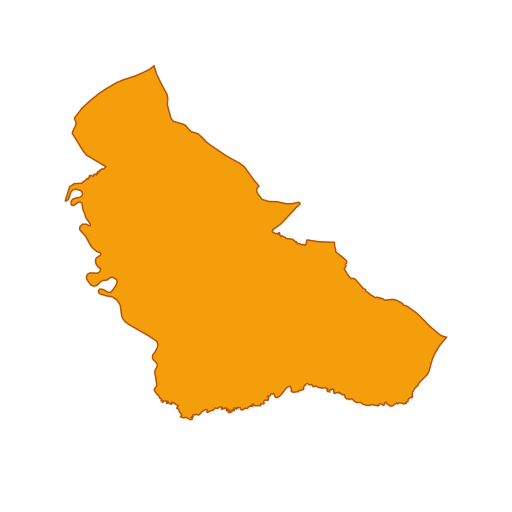 At Samat, Roi Et, Thailand, rotated 189°
{"feature_id": "78962969B71289419444255", "entity_name": "At Samat", "entity_type": "district", "adm_level": 2, "iso_a3": "THA", "parent_name": "Thailand", "parent_adm1": "Roi Et", "projection": "mercator", "projection_center": [103.844, 15.828], "detail": "fine", "context": "isolated", "style": "filled", "palette": "amber", "viewbox_px": 512, "rotation_deg": 189, "n_neighbors": 0, "source": "geoboundaries", "source_scale": "gbopen_adm2", "svg_char_len": 6067}
<svg xmlns="http://www.w3.org/2000/svg" viewBox="0 0 512 512"><g transform="rotate(189 256 256)"><path d="M328.7,100.6L326.9,99.8L327.1,98.2L325.8,98.3L325.5,96.9L324.6,97.5L324.5,98.4L322.0,98.7L320.5,98.6L321.3,97.5L321.2,96.5L320.3,96.7L319.7,97.4L319.0,97.3L318.3,96.5L316.1,96.5L315.9,97.0L316.5,97.8L316.1,98.4L313.7,98.0L313.5,97.4L312.5,97.6L312.1,97.1L309.3,95.9L310.6,93.4L308.3,92.4L307.2,89.8L305.2,88.7L305.2,88.0L304.5,87.1L305.4,85.3L302.1,84.8L300.1,85.7L295.2,84.1L294.2,84.4L293.3,85.2L293.3,85.9L294.6,86.6L294.2,87.2L293.0,87.6L293.4,88.5L293.2,89.5L291.5,89.4L290.6,90.6L287.9,89.8L285.9,92.0L285.4,93.4L281.6,96.7L280.1,96.4L280.2,94.4L279.5,93.9L277.5,95.1L276.4,96.4L274.5,96.6L272.4,99.6L270.1,99.3L268.6,101.0L267.5,101.5L266.3,101.3L266.4,99.8L265.8,99.2L265.3,99.5L264.9,100.5L263.7,100.0L263.0,101.0L261.0,101.1L260.7,100.5L261.3,99.7L260.7,98.5L260.1,98.6L259.2,100.0L258.0,99.7L257.7,99.0L258.8,97.4L257.4,97.1L256.5,97.6L256.3,98.6L255.4,98.6L255.3,99.9L253.3,100.0L253.4,100.6L254.3,101.2L254.0,102.5L252.0,102.4L251.6,101.6L251.0,102.1L251.1,103.3L250.2,103.0L249.7,103.6L247.9,103.8L247.3,102.3L246.0,101.6L244.2,102.6L243.2,104.0L241.7,103.7L240.4,104.2L240.1,105.8L238.9,106.1L238.4,107.2L237.4,106.8L236.6,107.2L236.2,106.9L236.0,107.4L236.6,107.9L236.5,109.1L235.7,109.5L235.3,109.4L235.1,108.4L233.8,107.9L228.1,108.9L228.1,110.8L225.5,111.1L224.9,111.5L225.7,113.6L225.0,114.7L224.2,115.3L223.4,115.1L222.7,115.6L222.2,115.2L221.3,115.7L221.2,116.8L221.8,117.4L221.3,118.4L222.5,119.3L219.9,120.3L220.0,121.5L219.2,122.4L218.8,122.7L217.8,122.3L216.7,122.7L214.7,119.4L212.7,119.5L210.6,121.3L209.4,123.1L205.3,130.5L202.8,132.5L201.9,132.4L201.2,131.9L200.1,129.7L200.2,128.1L198.6,127.3L197.9,127.2L192.9,128.7L192.3,130.0L191.0,130.0L189.8,131.0L188.4,131.4L188.0,132.4L188.7,133.6L186.7,137.2L185.5,138.2L183.0,137.1L180.7,137.8L180.2,136.8L179.0,135.8L176.2,137.0L173.5,135.9L170.2,135.8L167.0,136.8L165.7,136.0L164.8,135.9L164.7,134.0L164.0,133.3L161.9,133.4L162.6,135.4L161.9,135.8L160.6,135.6L160.0,136.5L159.4,136.8L158.2,136.1L158.1,133.9L157.3,132.7L156.5,132.6L154.5,133.9L153.4,133.7L152.2,134.5L151.5,133.3L150.4,133.5L149.0,132.3L147.3,132.9L146.1,131.6L146.0,130.5L144.1,129.0L142.1,129.3L140.5,128.8L139.7,129.9L138.9,130.0L135.8,127.7L133.3,126.9L130.1,127.8L126.6,126.2L122.9,125.9L120.2,126.2L118.3,127.4L112.2,127.1L111.3,127.6L111.8,128.3L111.1,129.2L110.4,129.5L107.7,129.2L107.0,128.3L106.0,129.0L105.6,131.5L105.0,132.1L103.0,130.1L99.4,128.7L97.4,129.5L94.4,132.8L93.0,132.0L91.8,133.3L89.2,133.5L86.8,133.0L85.6,133.6L85.7,134.3L84.7,134.1L84.3,135.5L83.1,136.4L83.3,137.7L82.0,140.2L80.0,140.3L79.3,141.8L80.1,142.7L79.8,144.6L80.2,145.6L79.6,147.5L78.0,150.8L75.5,154.0L75.7,154.8L74.4,157.2L68.2,165.8L67.3,168.3L65.6,182.2L64.0,187.8L60.6,196.4L55.1,205.6L60.2,206.2L63.6,207.8L72.8,213.4L87.9,224.5L98.5,229.8L100.5,230.4L102.7,230.5L103.6,231.7L105.2,232.5L109.5,234.1L112.8,234.6L115.6,234.3L121.4,232.5L124.6,233.7L128.6,234.1L130.1,234.2L131.5,233.5L137.3,235.8L139.1,237.2L142.2,238.5L142.5,239.9L145.0,240.7L153.7,248.1L155.7,249.2L158.7,248.6L162.7,252.0L166.7,257.1L166.2,258.8L165.5,259.9L166.3,261.9L165.3,263.5L165.6,264.9L166.8,266.1L172.0,269.3L177.8,272.4L178.4,275.0L179.8,277.9L180.7,281.8L196.4,279.9L207.9,279.9L208.3,279.4L208.4,275.5L209.1,274.2L210.4,274.8L212.9,274.3L215.2,275.0L216.9,274.6L217.4,275.4L218.2,275.4L218.4,276.3L219.0,276.1L219.4,276.6L221.2,277.1L221.5,277.8L222.7,278.3L229.0,278.0L230.2,279.0L233.5,279.9L234.3,279.1L235.0,280.3L236.1,280.6L236.2,282.2L236.6,282.6L237.2,282.3L237.2,281.2L237.6,281.0L238.7,281.6L240.6,281.3L243.1,282.1L243.8,282.8L243.1,284.9L236.1,292.0L223.8,310.2L220.7,314.0L220.7,315.0L222.2,315.8L227.5,313.7L233.4,312.3L243.7,312.9L251.8,311.9L258.2,312.7L259.5,313.4L263.9,317.7L265.6,320.3L265.6,322.1L265.0,324.1L264.0,325.5L270.1,330.9L281.5,342.3L286.5,345.0L300.5,350.0L318.2,358.3L322.6,360.7L327.6,364.6L332.5,367.7L339.4,368.7L341.8,370.2L345.9,373.9L348.1,374.7L359.0,376.2L361.6,378.8L366.8,390.4L367.3,392.0L367.8,397.9L369.3,401.9L376.1,410.7L382.6,420.1L386.5,427.9L390.3,423.8L396.6,419.3L403.4,414.9L414.2,409.5L421.0,405.3L429.9,398.0L436.8,391.6L444.7,382.8L450.9,374.9L456.9,363.8L454.4,359.2L454.6,356.4L456.3,351.3L456.7,348.5L443.4,332.9L439.0,329.0L418.3,320.8L419.7,318.5L422.3,317.6L422.6,316.9L424.0,316.1L423.7,315.0L425.3,314.6L425.7,313.8L425.1,312.9L426.4,312.6L426.1,311.2L427.9,311.6L428.9,311.2L429.0,309.7L429.6,309.2L431.5,309.9L432.3,309.6L432.4,308.7L433.1,308.9L433.2,307.0L433.9,306.7L434.0,305.7L435.4,305.7L435.8,304.4L438.3,302.3L439.1,300.7L446.9,299.0L450.9,295.2L453.0,280.9L452.8,280.5L451.6,281.0L450.0,282.8L448.8,290.2L447.1,292.8L444.5,293.7L441.8,293.6L439.6,293.2L438.0,292.1L437.0,290.1L437.6,287.7L439.0,286.5L443.6,284.8L446.1,283.3L447.1,280.9L446.6,278.0L445.5,277.1L443.8,277.4L440.9,280.6L439.4,281.6L437.6,281.7L436.0,280.8L434.6,275.6L431.3,270.0L430.1,267.2L425.0,262.1L424.4,260.9L424.6,260.1L425.4,259.9L428.9,260.9L432.2,260.3L434.3,257.7L434.6,255.8L434.1,254.3L426.9,248.3L421.1,240.7L418.7,238.3L414.1,235.6L410.1,234.7L409.5,234.1L409.5,232.7L413.3,229.2L413.8,228.1L413.9,226.5L413.3,224.3L412.1,222.2L410.6,220.8L407.7,219.1L407.5,217.0L408.5,215.4L410.1,214.2L416.9,213.4L419.0,212.3L419.9,210.8L420.2,209.1L419.9,207.4L418.6,205.5L414.6,201.6L412.3,201.0L410.5,201.1L408.5,202.1L405.2,206.7L403.4,207.8L399.3,209.0L396.3,212.1L393.9,212.4L390.2,210.9L389.3,209.8L389.1,208.6L389.7,205.3L392.0,200.2L393.6,197.8L394.6,197.2L396.5,197.0L401.4,198.9L404.2,199.1L405.1,198.8L405.9,197.7L406.1,196.5L405.7,195.3L404.5,194.4L402.8,194.0L397.2,193.2L391.3,193.1L387.0,191.1L384.3,188.6L382.3,185.9L379.2,175.5L377.5,173.0L374.8,170.5L370.9,168.5L350.5,160.7L341.9,156.9L340.2,155.5L339.3,154.0L339.0,151.0L340.3,146.3L342.5,142.1L342.5,139.5L341.3,137.5L337.2,134.7L336.3,132.5L336.4,131.2L337.9,127.0L337.8,125.3L333.7,113.0L333.9,111.8L335.3,109.3L335.4,107.5L333.5,105.1L329.8,102.3L328.7,100.6Z" fill="#f59e0b" stroke="#b45309" stroke-width="1.5"/></g></svg>